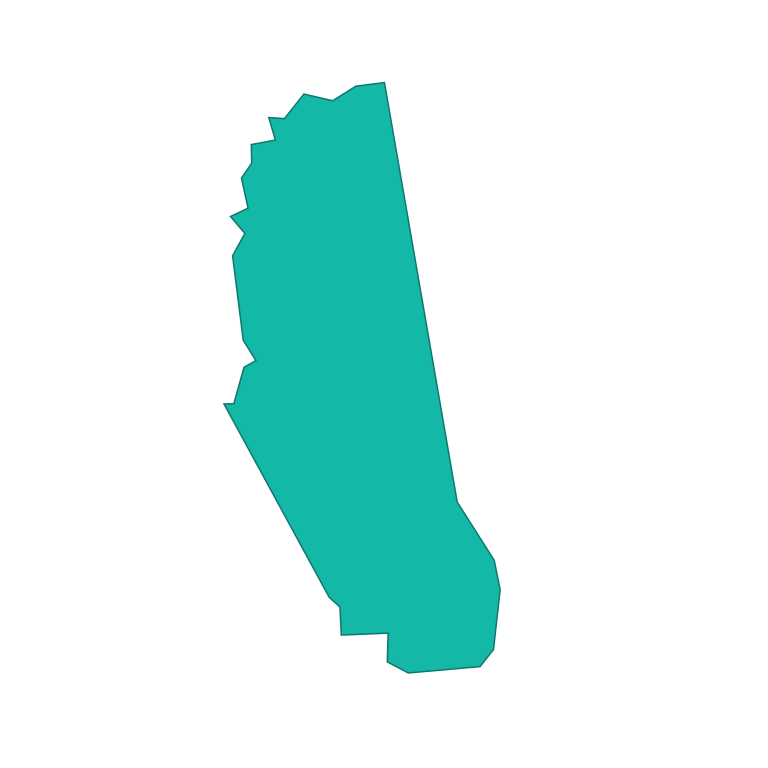 Cumberland, Virginia, United States of America (orthographic projection), rotated 140°
{"feature_id": "52423323B14304412427798", "entity_name": "Cumberland", "entity_type": "district", "adm_level": 2, "iso_a3": "USA", "parent_name": "United States of America", "parent_adm1": "Virginia", "projection": "orthographic", "projection_center": [-78.246, 37.525], "detail": "fine", "context": "isolated", "style": "filled", "palette": "teal", "viewbox_px": 768, "rotation_deg": 140, "n_neighbors": 0, "source": "geoboundaries", "source_scale": "gbopen_adm2", "svg_char_len": 543}
<svg xmlns="http://www.w3.org/2000/svg" viewBox="0 0 768 768"><g transform="rotate(140 384 384)"><path d="M189.9,614.6L214.0,630.2L241.3,634.0L259.0,657.6L289.7,651.3L301.0,662.2L310.4,640.7L331.7,652.7L343.4,638.2L360.9,633.3L375.1,606.1L393.9,611.0L393.8,588.8L417.6,579.5L463.7,508.0L467.1,484.3L480.5,486.8L511.7,465.4L519.4,471.6L563.1,255.7L561.1,241.5L578.1,219.1L541.0,190.5L560.1,169.0L551.1,147.0L492.1,105.8L470.8,110.2L427.2,151.8L412.9,178.1L403.8,246.5L189.9,614.6Z" fill="#14b8a6" stroke="#0f766e" stroke-width="1.5"/></g></svg>